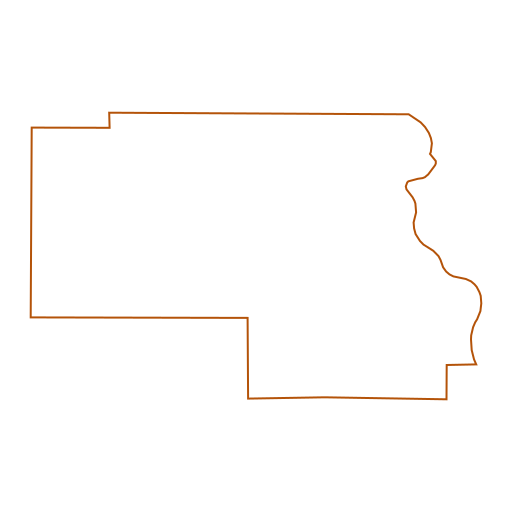 the district of Thurston, Nebraska, United States of America
{"feature_id": "52423323B78691180058519", "entity_name": "Thurston", "entity_type": "district", "adm_level": 2, "iso_a3": "USA", "parent_name": "United States of America", "parent_adm1": "Nebraska", "projection": "mercator", "projection_center": [-96.365, 42.147], "detail": "fine", "context": "isolated", "style": "outline", "palette": "amber", "viewbox_px": 512, "rotation_deg": 0, "n_neighbors": 0, "source": "geoboundaries", "source_scale": "gbopen_adm2", "svg_char_len": 868}
<svg xmlns="http://www.w3.org/2000/svg" viewBox="0 0 512 512"><path d="M30.7,317.4L247.6,317.9L248.1,398.6L324.6,397.3L446.5,399.3L446.7,365.0L476.2,364.4L474.0,359.3L471.7,350.1L471.0,339.3L471.2,335.3L473.1,327.2L475.2,322.3L477.1,319.3L480.4,311.1L481.3,303.4L480.7,295.8L479.4,292.1L476.7,286.9L474.5,284.3L471.1,281.4L465.9,279.0L453.4,276.4L449.5,274.4L446.1,271.5L443.1,267.3L440.5,259.9L438.5,256.1L433.3,250.8L423.5,244.6L420.0,241.0L415.6,234.1L414.1,228.4L413.6,222.5L416.1,212.4L415.4,203.6L414.5,200.9L412.6,197.3L406.5,189.4L405.8,186.4L407.2,182.5L408.4,181.3L408.5,181.3L417.8,178.8L422.6,178.1L424.9,177.2L428.3,174.3L435.1,165.2L435.8,163.5L435.8,161.1L430.0,153.9L430.8,152.1L431.9,143.3L430.9,138.1L428.9,133.0L425.1,127.1L420.7,122.4L408.7,114.3L109.2,112.7L109.6,127.8L31.7,127.6L30.7,317.4Z" fill="none" stroke="#b45309" stroke-width="2"/></svg>